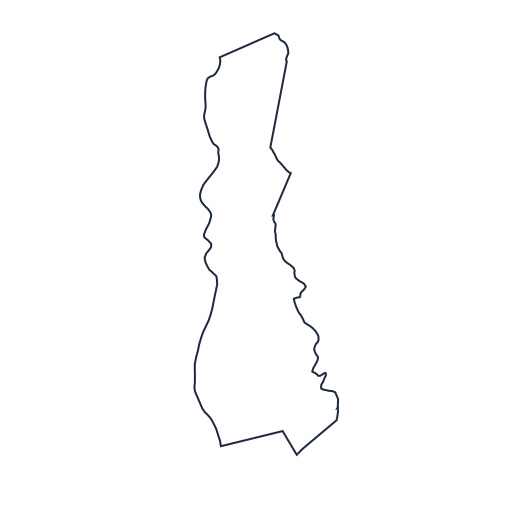 Saltibus, Choiseul, Saint Lucia (Mercator projection), rotated 338°
{"feature_id": "8701671B43129052292298", "entity_name": "Saltibus", "entity_type": "district", "adm_level": 2, "iso_a3": "LCA", "parent_name": "Saint Lucia", "parent_adm1": "Choiseul", "projection": "mercator", "projection_center": [-61.01, 13.813], "detail": "fine", "context": "isolated", "style": "outline", "palette": "slate", "viewbox_px": 512, "rotation_deg": 338, "n_neighbors": 0, "source": "geoboundaries", "source_scale": "gbopen_adm2", "svg_char_len": 5966}
<svg xmlns="http://www.w3.org/2000/svg" viewBox="0 0 512 512"><g transform="rotate(338 256 256)"><path d="M296.7,58.2L296.4,60.3L296.1,61.4L295.7,62.4L295.5,62.7L295.2,63.3L293.9,65.4L292.6,67.1L291.9,67.7L291.7,68.0L291.4,68.3L287.6,71.2L287.3,71.4L287.1,71.5L286.9,71.6L286.7,71.7L286.4,71.8L285.9,72.1L285.1,72.4L284.3,72.5L284.1,72.6L282.4,72.6L282.2,72.6L281.9,72.6L281.2,72.6L280.4,72.6L280.2,72.7L279.6,72.7L279.4,72.8L278.6,73.0L278.1,73.1L277.8,73.3L277.7,73.4L277.4,73.5L277.0,73.9L276.6,74.3L276.4,74.5L276.1,74.8L276.0,75.1L275.3,75.8L274.9,76.5L274.0,78.0L272.9,79.9L271.7,82.0L270.8,83.9L270.3,85.0L270.1,85.6L269.5,86.7L269.1,87.8L268.5,89.3L268.4,89.7L268.1,90.2L265.9,97.0L265.7,97.4L265.5,98.1L265.4,98.3L264.9,99.2L264.8,99.6L264.4,100.2L264.0,101.0L263.9,101.1L263.6,101.6L263.5,101.9L262.4,103.3L261.6,104.6L261.0,105.6L260.9,105.8L260.4,106.6L260.1,107.3L259.8,108.0L259.8,108.3L259.6,108.7L259.5,109.1L259.4,109.9L259.3,110.1L259.2,110.5L259.2,110.9L259.2,111.3L259.2,111.7L259.2,112.0L259.1,112.7L259.1,113.0L259.0,113.5L258.9,114.3L258.9,115.3L258.8,116.6L258.7,117.8L258.6,118.0L258.6,118.4L258.6,118.6L258.6,118.9L258.6,120.4L258.5,120.6L258.5,120.9L258.5,121.1L258.5,121.4L258.4,121.8L258.4,122.1L258.3,122.4L258.3,122.7L258.3,123.0L258.2,123.7L258.2,124.0L258.2,124.4L258.1,124.8L258.0,125.8L257.9,128.2L258.1,133.4L258.2,133.8L258.2,134.0L258.3,134.4L258.4,134.7L258.5,135.3L258.7,136.2L258.8,136.5L260.1,138.3L260.6,139.1L261.1,140.3L261.2,140.7L261.4,142.7L261.3,143.0L261.2,143.1L260.6,144.3L260.4,144.6L260.1,145.2L260.0,145.4L260.0,145.6L259.8,145.9L259.5,146.6L259.4,147.1L259.2,148.0L259.2,148.4L259.1,148.5L259.1,148.9L259.0,149.1L259.0,149.3L258.8,150.1L258.8,150.3L258.6,150.8L258.5,151.2L258.4,151.5L258.1,152.1L257.8,152.8L257.7,153.1L257.4,153.6L257.2,153.8L256.9,154.4L256.7,154.5L256.0,155.7L255.0,156.9L253.2,158.9L247.3,162.6L241.2,166.0L240.3,166.5L240.1,166.6L235.5,169.2L234.3,170.1L233.6,170.6L233.4,170.8L233.2,170.9L233.1,171.1L232.7,171.4L232.5,171.7L231.7,172.4L231.5,172.7L231.4,172.8L230.8,173.4L229.7,174.6L229.2,175.1L229.1,175.3L228.8,175.7L228.2,176.5L227.5,177.4L226.9,178.7L226.7,179.2L226.1,180.7L225.8,183.1L225.7,183.6L225.7,184.0L225.7,184.3L225.8,185.3L225.9,185.9L226.1,186.7L226.3,187.3L226.7,188.6L226.9,189.2L227.0,189.7L227.2,190.1L227.4,190.6L227.6,191.2L228.0,192.3L228.6,193.2L228.9,193.9L229.1,194.4L229.2,194.9L229.8,197.3L230.0,199.3L230.0,200.1L230.0,200.3L229.8,201.1L229.6,201.7L228.9,202.9L228.8,203.0L228.7,203.2L227.7,204.5L227.4,204.8L227.3,205.0L227.1,205.2L227.0,205.4L226.8,205.7L226.4,206.1L226.2,206.4L225.9,206.8L225.7,207.0L225.5,207.3L224.9,208.0L224.5,208.4L221.9,210.6L221.3,211.1L221.1,211.3L220.8,211.6L220.5,211.7L220.3,212.0L219.8,212.4L219.4,212.8L219.1,213.1L218.9,213.3L218.7,213.5L218.2,213.9L218.0,214.1L217.8,214.3L217.6,214.6L217.4,214.8L217.0,215.3L216.6,215.7L216.4,216.0L216.2,216.2L216.0,216.6L215.6,217.0L215.5,217.6L215.3,218.2L215.2,218.4L215.2,218.7L215.2,218.9L215.2,219.3L215.4,219.6L215.4,220.1L216.0,221.1L216.2,221.5L216.4,221.8L216.6,222.0L216.8,222.5L217.3,223.3L217.9,224.9L218.6,226.7L219.0,228.0L218.2,229.9L217.6,231.1L213.9,233.3L211.0,234.9L210.9,235.0L210.7,235.1L209.8,236.1L207.9,238.1L207.3,240.0L207.2,240.4L207.1,241.3L206.9,242.4L206.9,242.7L206.8,243.1L206.9,244.7L206.9,245.2L206.9,246.3L207.6,251.3L207.8,251.6L208.1,252.4L208.6,253.1L208.9,253.7L210.2,256.7L211.7,259.9L210.9,263.2L209.4,267.8L205.3,273.9L201.4,279.7L201.1,280.2L200.5,281.1L198.8,283.7L197.0,286.5L195.8,288.3L195.0,289.4L191.1,294.4L187.7,298.3L178.4,306.8L175.2,310.4L174.8,311.0L174.5,311.3L173.3,312.8L170.0,316.9L167.6,320.7L167.1,321.4L165.5,323.6L164.9,324.4L162.8,327.1L158.8,333.2L157.1,337.4L154.9,343.1L154.3,344.6L153.8,345.9L153.5,346.5L151.9,350.5L151.0,352.1L150.4,353.2L149.8,354.6L149.4,355.6L148.8,358.2L148.7,362.1L148.9,365.9L148.9,367.9L149.0,371.6L149.0,374.4L149.1,376.1L149.1,377.4L149.1,377.5L149.4,378.6L150.1,381.8L151.0,383.6L151.3,384.3L152.5,387.7L152.9,388.7L153.6,392.0L154.1,398.0L154.3,401.6L153.9,406.7L153.7,409.4L153.5,412.8L153.4,414.2L153.0,415.7L152.8,416.4L152.4,418.4L152.2,419.2L215.1,428.3L219.3,455.6L226.9,452.3L227.1,452.2L269.4,438.4L269.7,437.5L270.7,436.3L272.1,433.9L273.6,431.2L275.0,427.4L274.6,427.4L275.5,426.7L275.5,426.0L278.5,419.6L278.4,412.0L276.1,409.8L273.9,408.8L269.5,405.8L267.4,404.3L266.8,403.1L268.3,399.8L271.1,397.7L273.2,395.5L276.1,392.7L276.8,391.0L276.2,390.2L275.7,390.2L273.3,390.6L271.1,391.1L269.0,390.6L268.1,388.4L266.9,386.5L266.0,385.7L264.9,384.4L265.0,384.0L267.3,381.3L269.3,379.7L271.8,377.7L273.1,376.5L274.2,375.5L275.6,373.2L275.4,371.6L274.9,369.7L274.7,368.2L274.8,364.9L275.5,363.4L276.6,361.9L279.1,359.7L280.6,359.2L282.5,357.4L283.8,353.7L283.7,351.7L283.3,349.2L282.9,347.6L281.5,344.1L280.1,341.5L278.2,339.1L276.1,335.9L276.0,334.5L275.8,330.7L275.5,328.2L274.5,324.3L274.4,323.2L274.2,318.3L274.3,316.1L274.5,312.5L275.1,309.8L275.9,309.9L278.4,309.9L279.7,310.2L280.9,310.6L281.6,310.5L282.2,309.3L283.3,307.3L285.4,306.0L286.9,305.6L289.0,304.4L290.7,303.1L290.4,301.1L290.1,299.8L289.5,298.7L287.6,296.4L286.9,295.5L284.5,291.2L284.5,289.0L285.2,286.1L286.4,284.0L286.4,281.0L285.6,279.5L284.1,276.7L282.3,274.1L281.1,271.9L280.2,268.7L280.4,265.8L280.8,263.0L280.0,260.4L279.4,255.1L279.8,252.6L280.2,249.7L281.1,246.5L282.3,243.6L282.7,240.3L284.3,237.5L286.2,233.9L285.6,230.6L285.9,228.2L287.9,225.0L286.8,224.7L319.3,192.2L318.1,190.9L316.4,187.8L315.6,185.0L314.7,182.6L313.7,179.5L313.2,178.1L312.5,177.0L311.9,175.2L311.6,172.9L311.6,171.5L311.5,170.3L311.5,169.2L311.3,168.1L311.3,167.5L311.0,166.2L310.9,164.2L310.5,162.8L310.3,161.8L309.9,160.8L357.4,87.2L357.3,86.1L357.4,85.4L358.0,84.3L359.6,82.4L360.5,81.5L361.4,80.7L362.2,79.5L362.9,76.7L363.3,74.4L363.3,72.3L363.2,71.3L362.9,70.1L362.5,68.8L362.1,67.9L360.9,66.6L360.1,65.6L359.4,64.3L359.2,62.3L359.4,59.9L356.5,56.4L296.7,58.2Z" fill="none" stroke="#1e293b" stroke-width="2"/></g></svg>